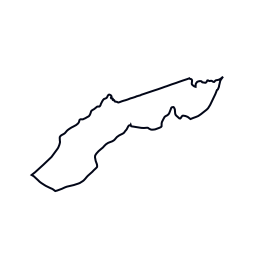 Nam Can, Cà Mau, Vietnam, rotated 342°
{"feature_id": "81297802B77939005638096", "entity_name": "Nam Can", "entity_type": "district", "adm_level": 2, "iso_a3": "VNM", "parent_name": "Vietnam", "parent_adm1": "Cà Mau", "projection": "mercator", "projection_center": [105.085, 8.782], "detail": "fine", "context": "isolated", "style": "outline", "palette": "ink", "viewbox_px": 256, "rotation_deg": 342, "n_neighbors": 0, "source": "geoboundaries", "source_scale": "gbopen_adm2", "svg_char_len": 4535}
<svg xmlns="http://www.w3.org/2000/svg" viewBox="0 0 256 256"><g transform="rotate(342 128 128)"><path d="M105.6,98.2L105.1,98.2L104.1,98.6L102.3,99.3L101.8,99.5L100.0,99.9L98.9,100.2L98.5,100.4L98.2,100.7L97.8,101.1L97.5,101.6L96.5,102.9L95.8,103.7L95.1,104.2L94.6,104.6L94.0,104.8L92.7,105.0L90.5,105.5L88.6,105.7L87.7,105.8L87.2,105.6L86.8,105.5L85.8,105.1L85.3,105.1L84.8,105.2L84.4,105.4L84.2,105.6L83.6,106.6L83.1,107.3L82.5,107.8L81.8,108.3L80.7,108.7L79.8,109.1L78.3,109.4L76.1,109.8L74.7,110.0L73.4,110.3L71.6,110.8L70.1,111.3L69.0,111.8L67.9,112.5L66.4,113.4L65.5,113.7L64.6,113.9L63.5,114.1L62.4,114.3L61.4,114.7L60.8,115.2L60.6,115.3L60.3,115.6L60.1,116.1L59.9,116.6L59.7,117.5L59.3,118.8L59.2,119.6L58.8,120.8L58.3,121.6L57.6,122.7L56.7,123.8L55.6,125.1L54.8,125.8L54.1,126.3L46.3,131.9L36.1,136.8L25.9,141.4L21.8,142.9L23.5,144.8L26.4,150.0L26.8,150.8L27.4,151.9L28.6,153.6L30.0,155.3L30.8,156.3L32.0,157.7L35.0,160.6L36.2,161.7L36.7,162.1L37.2,162.6L37.8,163.3L38.5,164.3L39.1,165.2L39.4,165.5L39.8,165.5L41.1,165.6L43.7,165.5L46.3,165.4L47.9,165.2L49.5,165.0L51.8,164.9L54.0,165.1L56.4,165.3L58.7,165.5L61.5,165.5L63.6,165.5L65.2,165.4L67.1,164.9L68.4,164.6L69.8,164.1L70.7,163.6L71.8,163.0L73.0,162.2L74.9,161.1L80.6,158.6L82.2,157.7L85.2,156.3L86.1,155.8L86.6,155.4L86.9,154.6L87.1,153.8L87.2,153.1L87.2,152.3L87.1,149.3L87.4,146.9L87.5,145.9L87.9,144.8L88.3,144.0L88.8,143.6L89.2,143.2L90.3,142.4L91.7,141.6L92.7,141.0L95.3,139.9L97.1,139.2L98.3,138.7L99.8,137.8L101.0,137.2L102.0,136.7L103.4,136.3L104.6,136.0L106.3,135.9L108.7,135.8L110.2,135.5L111.2,135.2L112.1,134.7L113.9,133.6L114.8,133.1L115.5,132.9L117.0,132.4L118.6,132.1L120.2,131.9L121.4,131.7L122.4,131.4L123.0,131.1L124.3,130.1L125.5,129.4L126.4,128.8L128.2,127.0L129.0,126.3L129.5,126.0L129.9,125.9L130.9,126.0L131.3,126.0L131.5,125.8L131.5,126.6L131.6,127.3L132.2,127.7L133.5,128.3L135.6,129.4L140.7,132.0L143.1,132.9L146.4,133.7L147.1,134.1L147.8,135.1L149.1,136.4L150.0,136.9L151.7,137.4L153.4,137.7L155.9,137.6L158.1,137.5L159.6,137.3L160.4,136.8L160.9,135.5L161.4,134.0L162.2,132.7L164.7,130.2L166.2,128.8L167.2,128.4L169.5,128.0L171.0,127.3L172.0,126.4L174.6,123.2L175.3,122.3L175.9,121.9L176.8,121.9L177.8,122.2L178.2,123.5L178.3,124.8L177.4,128.5L177.3,129.9L177.7,131.1L179.8,134.7L180.6,135.1L181.3,134.8L182.5,133.8L183.3,133.3L183.8,133.2L184.5,133.4L186.4,134.4L188.2,135.9L190.2,138.8L193.0,138.6L196.0,138.5L198.5,138.3L201.6,137.4L208.4,134.9L210.2,134.0L211.4,133.0L213.3,131.4L221.5,122.8L223.0,121.0L223.7,120.1L224.3,119.4L224.7,119.3L225.3,119.1L225.6,118.8L226.3,118.0L227.3,116.8L227.7,115.9L229.5,113.0L230.3,111.7L231.2,110.8L234.2,108.6L233.7,108.8L232.2,109.5L230.4,110.0L229.6,110.1L228.6,110.1L227.8,110.0L226.5,109.8L226.0,109.9L225.6,110.0L224.9,110.4L224.6,110.6L224.2,110.8L224.0,110.7L223.7,110.6L223.4,110.5L223.1,110.1L222.5,109.4L222.2,109.1L221.9,108.9L221.3,108.7L220.2,108.6L219.8,108.4L219.4,108.1L219.1,107.7L218.7,107.4L218.2,107.3L217.1,108.3L216.3,108.8L215.9,108.9L215.5,108.9L215.1,108.7L213.8,108.0L213.1,107.7L212.8,107.5L212.6,107.2L212.5,106.7L212.3,106.3L211.8,106.0L211.1,105.7L210.4,105.5L209.0,105.4L208.3,105.5L207.7,105.7L207.0,106.2L206.4,106.7L205.9,107.3L205.5,108.4L205.0,109.7L204.3,109.2L203.9,108.9L203.3,108.1L202.7,107.2L202.4,106.6L202.4,106.4L202.3,106.2L202.3,105.9L202.4,105.4L203.1,103.8L203.5,103.0L203.6,102.6L203.6,102.2L203.6,101.9L203.6,101.7L203.4,101.4L203.2,101.2L203.0,100.9L202.4,100.6L202.0,100.3L201.8,100.1L201.7,99.7L199.3,99.8L194.9,99.8L190.1,99.9L187.8,100.0L183.3,100.0L177.9,100.2L175.5,100.2L173.0,100.3L168.7,100.4L164.5,100.4L163.7,100.4L153.3,100.5L151.9,100.5L150.9,100.5L150.1,100.7L149.2,100.7L148.0,100.6L146.9,100.6L145.7,100.5L145.0,100.7L144.7,100.7L143.9,100.7L141.7,100.7L139.4,100.6L138.1,100.7L136.5,100.8L135.3,100.8L134.1,100.8L132.3,100.7L130.3,100.7L128.2,100.8L127.6,100.8L127.3,100.8L126.9,100.8L126.6,100.7L126.2,100.4L125.8,100.0L125.5,99.7L124.5,99.2L123.9,98.8L123.7,98.7L123.6,98.3L123.5,97.5L123.4,97.2L123.2,97.1L122.6,97.0L122.3,96.8L122.2,96.6L122.2,96.4L122.2,96.1L122.5,95.7L122.6,95.4L122.5,95.2L122.4,95.1L121.7,94.9L121.2,94.6L121.1,94.1L121.2,93.7L121.4,93.5L122.0,93.2L122.1,92.8L122.0,92.2L121.7,91.5L120.9,90.7L120.4,90.4L120.0,90.4L119.4,90.6L119.0,90.9L118.5,91.3L117.6,92.3L116.8,92.8L116.1,92.9L115.0,93.0L114.2,93.0L113.9,93.1L113.4,93.4L112.9,93.7L111.8,94.6L110.4,96.0L109.6,96.8L109.0,97.7L108.3,98.3L107.9,98.6L107.5,98.7L107.1,98.7L106.2,98.3L105.6,98.2Z" fill="none" stroke="#020617" stroke-width="2"/></g></svg>